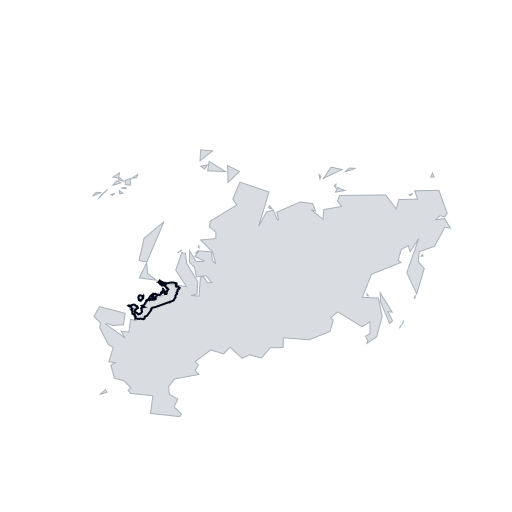 Nenets on a map of Russia (Mercator projection), rotated 340°
{"feature_id": "RUS-2381", "entity_name": "Nenets", "entity_type": "Autonomous Province", "adm_level": 1, "iso_a3": "RUS", "parent_name": "Russia", "parent_adm1": "", "projection": "mercator", "projection_center": [54.749, 68.144], "detail": "fine", "context": "in_parent", "style": "outline", "palette": "ink", "viewbox_px": 512, "rotation_deg": 340, "n_neighbors": 0, "source": "natural_earth", "source_scale": "10m", "svg_char_len": 9377}
<svg xmlns="http://www.w3.org/2000/svg" viewBox="0 0 512 512"><g transform="rotate(340 256 256)"><path d="M341.6,373.3L330.2,376.0L332.2,373.8L331.5,368.9L336.7,367.9L340.5,356.8L331.5,358.8L313.7,336.5L305.2,339.5L306.6,342.8L299.8,352.2L277.3,352.9L253.8,342.2L250.1,351.3L238.0,347.1L226.0,353.8L216.2,346.6L208.0,347.4L200.4,332.8L192.1,336.9L181.3,328.8L162.6,334.5L164.6,338.7L159.6,342.9L161.9,347.7L137.3,343.7L129.1,349.0L127.3,356.3L133.5,363.8L127.4,369.8L131.9,378.9L129.3,380.8L103.0,367.9L111.3,352.0L91.2,342.3L89.9,338.6L93.4,337.0L89.1,328.0L81.2,322.5L82.2,308.9L87.3,308.1L81.6,305.2L90.6,293.0L86.9,288.6L84.6,270.3L86.9,265.4L83.0,257.3L91.7,250.1L113.5,265.1L107.9,275.3L97.7,272.4L94.0,269.1L91.5,268.6L104.9,288.2L103.6,280.6L110.5,284.0L116.5,272.6L121.1,275.7L119.2,258.9L125.4,260.2L127.3,264.3L123.0,267.0L126.8,270.9L144.6,256.7L143.2,261.6L158.9,261.0L161.8,250.8L180.2,261.0L175.7,241.9L187.4,227.5L190.6,229.3L188.3,239.1L192.5,260.2L187.5,271.6L181.4,270.9L188.8,274.2L196.2,257.6L199.4,256.8L201.2,264.7L205.4,265.9L202.3,257.3L192.9,255.3L194.3,245.6L191.3,239.2L195.4,228.4L197.7,240.5L204.0,243.0L205.6,242.9L198.4,235.6L204.3,231.7L215.6,237.0L213.3,245.5L215.5,249.1L216.6,237.3L209.4,222.0L224.2,225.9L226.4,219.9L222.1,212.5L225.0,207.6L255.4,201.5L253.6,194.6L266.2,181.1L290.1,200.3L268.9,228.6L281.3,218.1L288.1,219.0L288.3,228.2L288.7,229.6L289.6,229.8L290.5,221.9L315.9,220.4L327.0,225.9L327.4,234.1L323.7,231.6L331.6,244.4L335.6,235.5L353.4,238.8L351.3,232.3L355.3,227.7L398.7,243.0L403.9,259.8L409.6,251.8L427.4,257.9L427.3,249.0L450.3,256.8L450.3,281.2L446.7,283.8L442.7,281.1L437.1,283.4L446.0,285.2L448.2,296.2L443.1,293.8L426.9,308.0L410.9,307.7L406.6,316.9L409.9,325.2L394.0,346.7L392.1,323.1L414.9,295.3L402.3,304.7L402.6,298.4L394.8,299.5L388.0,308.7L390.1,311.7L358.3,312.6L341.8,331.1L356.7,337.5L353.7,356.2L341.6,373.3ZM181.2,192.3L151.4,224.3L144.5,220.3L156.9,201.0L181.2,192.3ZM360.1,333.0L364.8,355.4L360.9,353.4L362.1,363.6L358.4,365.2L357.4,341.6L360.1,333.0ZM138.8,236.6L150.9,225.1L148.2,235.4L153.8,244.5L138.8,236.6ZM346.0,206.1L357.0,198.2L366.4,204.2L346.0,206.1ZM244.3,151.1L256.3,166.3L239.7,159.4L244.3,151.1ZM240.4,137.3L251.3,142.4L235.9,147.4L240.4,137.3ZM260.3,161.3L269.4,170.9L254.8,177.5L260.3,161.3ZM368.3,207.3L373.8,205.3L379.6,207.7L368.3,207.3ZM61.7,332.7L68.9,330.2L69.4,333.1L61.7,332.7ZM133.1,145.1L139.5,142.5L127.2,148.2L133.1,145.1ZM356.0,219.5L361.8,224.8L352.6,223.2L356.0,219.5ZM136.0,255.4L132.7,258.4L131.2,256.4L132.8,253.2L136.0,255.4ZM145.2,140.6L151.0,137.8L154.0,141.0L145.2,140.6ZM164.8,140.3L162.1,146.5L157.8,144.3L158.9,140.3L164.8,140.3ZM170.6,141.5L165.7,140.5L172.7,138.9L170.6,141.5ZM157.3,246.5L158.9,251.8L155.9,247.9L157.3,246.5ZM241.5,153.8L237.5,156.8L234.8,152.7L241.5,153.8ZM148.6,132.9L156.1,131.2L153.4,135.7L148.6,132.9ZM450.3,242.6L447.1,241.7L450.3,238.5L450.3,242.6ZM127.6,141.5L132.2,143.4L123.0,143.7L127.6,141.5ZM187.7,225.4L183.6,226.1L187.7,224.9L187.7,225.4ZM285.8,213.4L287.4,217.4L284.3,215.1L285.8,213.4ZM424.7,250.8L422.1,252.1L420.7,250.9L424.7,250.8ZM155.7,148.0L152.3,145.8L157.8,147.6L155.7,148.0ZM154.8,135.9L157.0,140.4L152.8,137.5L154.8,135.9ZM372.6,367.0L371.9,368.4L370.1,370.4L372.6,367.0ZM149.9,147.6L152.3,151.5L149.2,151.0L149.9,147.6ZM204.1,231.0L201.1,232.6L200.4,232.4L204.1,231.0ZM413.0,313.2L411.0,312.6L412.9,311.6L413.0,313.2ZM355.7,215.9L354.4,219.0L353.6,216.7L355.7,215.9ZM347.5,329.6L347.9,331.9L346.7,331.3L347.5,329.6ZM392.4,347.4L390.7,350.2L390.2,349.4L392.4,347.4ZM144.7,148.7L141.7,150.0L140.7,148.8L144.7,148.7ZM206.0,226.0L205.3,228.9L204.7,228.0L206.0,226.0ZM344.1,203.4L342.4,205.5L343.0,201.1L344.1,203.4ZM366.6,372.2L369.3,370.2L366.6,372.6L366.6,372.2Z" fill="#d9dde1" stroke="#a8b0b8" stroke-width="1"/><path d="M121.3,273.3L121.4,273.0L121.7,272.7L121.8,272.0L122.2,271.7L121.7,271.0L121.9,270.7L122.0,270.3L122.1,270.1L121.8,269.6L121.5,269.3L121.7,269.0L121.0,268.6L120.4,268.5L120.2,268.3L120.2,267.9L120.3,267.5L120.8,266.0L120.9,265.4L121.2,265.4L121.2,265.2L121.1,264.6L121.0,264.3L121.0,264.0L121.3,264.0L121.5,263.8L121.1,263.7L121.3,263.4L121.1,263.3L121.8,262.9L121.2,263.1L121.2,262.7L121.4,261.6L121.4,261.4L119.2,259.3L119.0,259.0L119.5,258.9L120.8,259.7L124.0,259.7L124.6,259.9L125.5,260.4L125.7,261.2L126.9,262.4L126.8,262.6L127.0,262.6L127.0,263.2L127.4,264.0L127.4,264.3L127.3,264.5L126.6,264.5L125.7,264.8L124.1,265.0L124.0,265.3L124.1,265.5L124.0,265.9L123.6,266.0L123.3,266.3L123.0,266.9L123.0,267.3L123.1,267.6L123.4,267.9L124.7,268.6L125.2,270.3L125.7,270.7L126.4,270.6L126.8,270.4L127.1,270.5L126.6,271.2L127.1,270.8L127.9,270.6L129.1,270.1L129.4,270.2L129.5,270.4L129.5,270.0L129.9,269.4L129.9,268.9L129.7,268.4L130.0,268.1L129.9,267.5L130.4,266.9L130.1,266.1L130.1,265.9L130.6,265.5L130.7,265.9L131.1,265.3L131.7,265.5L132.2,265.1L132.3,265.2L132.2,265.3L132.7,265.3L132.9,265.4L132.8,265.5L133.2,265.6L132.6,265.0L132.4,265.1L132.4,264.8L132.4,264.4L131.9,263.7L132.1,263.7L132.5,264.2L133.2,264.2L135.4,262.7L135.0,263.2L135.3,262.9L135.8,262.2L136.4,261.9L137.2,260.8L137.5,261.1L137.9,261.0L138.8,260.5L139.1,260.5L139.2,260.4L139.1,260.1L140.3,259.7L140.6,259.5L140.3,259.9L140.3,260.1L140.9,260.0L141.1,260.2L140.9,260.2L140.9,260.5L140.5,260.8L140.8,261.2L141.2,261.1L141.6,260.6L141.8,260.5L142.0,260.2L141.4,259.4L141.4,259.2L141.7,259.2L141.4,259.1L141.2,259.5L140.9,259.4L141.0,259.1L143.2,257.5L144.7,256.9L145.9,256.6L146.4,256.7L145.9,257.0L144.1,257.3L144.2,257.6L144.4,257.6L144.4,257.4L144.9,257.5L145.1,257.7L144.7,258.0L144.6,258.3L144.6,258.8L144.4,259.0L144.8,260.0L144.9,260.7L144.6,261.1L144.1,260.6L144.3,261.1L143.7,260.9L143.5,261.1L143.4,261.0L143.1,261.5L143.4,261.7L144.6,261.7L145.0,261.9L145.2,261.7L145.5,261.2L145.5,261.6L145.5,261.9L146.3,261.3L146.7,262.2L147.0,262.2L147.3,261.7L147.1,261.2L147.3,260.7L147.7,260.1L148.4,259.6L149.2,259.5L149.9,259.0L150.4,259.2L151.1,259.2L151.1,259.5L151.3,259.1L151.9,259.6L152.5,259.7L153.1,259.6L153.3,259.4L153.8,258.4L154.6,258.4L154.7,258.1L154.6,257.9L154.6,257.7L155.1,257.4L155.3,257.4L155.2,257.8L155.4,258.2L155.6,258.3L155.5,258.5L155.8,258.4L155.4,258.0L155.3,257.8L155.4,257.4L156.9,256.7L157.7,256.7L157.7,256.8L157.1,256.9L156.9,257.1L157.4,257.3L158.2,258.3L158.1,258.7L157.6,258.7L157.3,259.2L157.3,259.6L157.4,259.8L157.3,260.3L157.4,260.6L158.8,261.1L159.2,260.8L159.5,260.3L159.4,259.8L159.0,259.1L159.1,258.8L159.4,258.6L159.8,258.8L160.7,258.6L161.3,257.9L161.6,257.4L161.9,257.3L161.8,257.2L161.9,256.7L161.8,255.9L161.5,255.5L161.3,255.5L161.4,255.9L161.3,256.0L161.0,255.8L161.0,254.9L160.9,254.5L160.3,253.6L160.1,252.9L159.9,252.7L159.9,252.4L160.1,252.1L161.2,252.1L161.2,251.9L161.1,251.7L161.3,251.6L161.2,251.3L161.3,251.0L161.8,250.7L162.1,250.9L162.2,250.7L162.4,250.9L163.0,251.2L163.9,251.4L165.9,251.6L167.8,252.1L169.6,252.9L170.6,253.6L171.7,254.6L171.6,254.8L171.3,254.7L171.1,255.4L171.2,255.7L171.5,255.3L171.5,254.9L171.8,254.8L171.7,255.3L171.1,255.8L170.9,256.1L170.5,256.5L170.7,257.0L170.5,257.3L170.6,257.6L171.1,257.7L171.2,257.4L171.9,258.0L172.4,258.0L172.5,258.1L172.5,258.5L172.6,258.8L172.7,259.0L173.0,259.5L173.3,259.7L173.1,260.1L172.8,260.5L171.7,260.8L171.1,260.6L170.6,261.0L170.5,261.5L170.5,262.0L170.3,262.0L170.1,262.2L170.0,262.4L168.9,263.1L169.1,263.6L169.0,263.8L169.1,264.0L168.9,264.4L168.6,264.5L168.5,264.8L167.9,264.8L167.1,265.4L166.5,266.0L166.4,267.2L164.1,268.8L163.5,269.6L159.8,269.7L159.4,269.9L159.4,269.6L144.5,269.6L140.6,269.1L140.2,269.5L139.8,269.6L139.7,269.9L139.0,270.1L139.0,270.4L138.9,270.7L139.1,270.9L139.0,271.0L132.9,275.0L130.8,274.9L130.7,275.3L130.4,275.4L129.9,276.1L129.9,276.6L129.7,276.8L129.1,276.7L128.3,276.8L126.5,275.5L125.2,275.2L125.0,275.3L122.9,274.3L122.2,273.9L122.0,273.5L121.6,273.2L121.3,273.3ZM136.1,255.7L136.1,255.9L135.8,256.6L135.6,256.7L135.7,256.3L135.9,255.6L135.2,256.2L135.0,256.6L134.7,257.4L133.9,258.0L133.7,258.0L131.9,258.5L131.2,257.6L131.3,257.5L131.0,257.4L131.1,256.8L131.0,256.7L131.1,256.4L131.2,255.8L131.1,255.3L131.2,254.8L131.9,253.8L132.7,253.2L133.6,253.2L135.7,254.9L136.1,255.7ZM160.9,251.0L160.7,251.4L160.7,251.7L160.2,252.0L159.6,251.7L159.4,252.0L159.2,251.9L158.5,251.8L158.6,251.7L158.4,251.5L158.5,251.3L158.7,251.1L158.2,250.5L157.9,250.6L157.0,250.2L157.5,250.7L157.2,250.8L156.4,249.7L156.1,249.2L156.1,248.8L156.1,248.7L155.8,248.4L155.9,248.1L155.7,247.9L156.7,248.2L156.6,247.9L155.9,247.4L156.3,247.4L156.6,247.0L156.5,246.7L156.8,246.7L157.2,246.3L157.3,246.6L157.9,247.1L158.2,247.7L158.4,247.9L158.5,248.3L159.0,248.5L159.0,248.8L159.4,249.1L159.7,249.1L160.4,250.1L160.6,250.0L160.7,250.3L160.7,250.7L160.9,251.0ZM138.2,260.0L139.0,260.1L138.2,260.3L137.3,260.8L137.5,260.5L138.2,260.0ZM157.7,255.5L157.3,255.0L156.6,254.4L157.5,255.0L157.7,255.5ZM145.8,261.3L145.8,261.6L145.5,261.6L145.6,261.3L145.8,261.1L145.8,261.3ZM144.7,261.0L145.0,261.0L144.9,261.4L144.7,261.3L144.7,261.0ZM148.4,257.0L148.7,257.3L148.0,257.3L148.0,257.2L148.4,257.0ZM146.6,256.6L146.7,256.8L146.6,257.0L146.4,256.9L146.6,256.6ZM145.5,257.9L145.9,258.1L146.0,258.2L145.5,257.9ZM132.5,258.7L133.2,258.9L132.4,258.7L132.5,258.7ZM147.3,257.1L147.5,257.3L147.2,257.2L147.3,257.1ZM134.3,257.9L134.1,258.1L134.3,257.9ZM135.3,257.1L135.6,256.9L135.5,257.1L135.3,257.1ZM134.7,257.5L135.0,257.3L134.7,257.5L134.7,257.5Z" fill="none" stroke="#020617" stroke-width="2"/></g></svg>